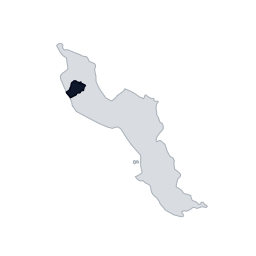 location of Zomba within Malawi, rotated 152°
{"feature_id": "MWI-1920", "entity_name": "Zomba", "entity_type": "District", "adm_level": 1, "iso_a3": "MWI", "parent_name": "Malawi", "parent_adm1": "", "projection": "robinson", "projection_center": [35.338, -15.445], "detail": "fine", "context": "in_parent", "style": "filled", "palette": "ink", "viewbox_px": 256, "rotation_deg": 152, "n_neighbors": 0, "source": "natural_earth", "source_scale": "10m", "svg_char_len": 4080}
<svg xmlns="http://www.w3.org/2000/svg" viewBox="0 0 256 256"><g transform="rotate(152 128 128)"><path d="M101.9,148.7L100.6,146.7L99.5,147.2L98.1,148.6L97.3,149.0L96.8,149.0L96.6,148.6L96.2,147.7L95.1,145.2L93.8,143.3L92.4,142.6L91.3,141.8L91.8,140.9L92.3,140.4L92.1,139.8L91.5,138.9L89.1,137.6L89.0,137.0L91.2,135.9L92.5,134.6L93.4,133.4L94.6,130.6L95.5,127.8L96.2,126.9L96.4,125.1L96.3,123.1L96.7,120.4L97.0,118.0L96.2,117.0L95.6,115.3L96.3,112.5L97.5,110.5L102.8,108.5L106.6,106.6L107.4,105.8L108.6,104.3L109.3,102.7L108.8,102.3L105.9,102.2L105.2,101.6L103.0,96.2L104.2,90.0L104.3,87.6L104.3,84.6L103.9,82.4L102.9,81.4L102.4,80.3L102.5,77.0L103.4,76.6L105.2,72.4L106.1,69.8L105.1,67.8L104.0,65.0L103.5,63.1L103.2,62.5L103.9,61.4L105.2,60.3L106.6,60.0L108.1,59.5L112.8,54.2L112.9,53.1L112.0,51.4L110.2,48.7L109.9,47.6L109.6,44.3L108.9,43.4L106.3,41.2L104.3,38.9L105.0,36.6L105.3,34.1L104.3,32.7L102.8,31.2L101.9,29.1L101.5,27.5L100.4,26.9L99.3,26.9L98.5,27.9L97.7,27.8L96.7,27.4L96.3,26.1L96.3,24.6L95.6,23.6L94.9,22.2L94.8,21.5L95.2,21.3L96.1,21.1L99.9,23.9L102.2,24.1L104.8,24.6L107.0,27.0L108.1,27.4L109.6,27.0L113.7,26.8L115.4,27.1L117.5,28.6L118.4,28.7L119.7,28.8L119.9,28.4L120.1,27.6L119.8,25.9L120.1,24.9L121.0,23.9L123.2,25.1L128.9,30.4L129.0,31.1L132.6,36.4L133.8,38.7L133.8,39.9L134.9,44.5L135.2,46.7L134.9,48.4L135.0,49.7L135.4,51.6L135.3,52.4L136.5,55.1L137.2,57.5L137.3,59.8L136.9,62.0L135.8,65.2L135.6,66.5L135.9,67.7L136.6,69.0L137.8,70.4L138.7,72.1L139.4,74.0L139.9,74.9L140.5,74.9L141.7,75.2L142.7,76.4L143.8,78.3L144.2,80.5L144.4,81.5L141.2,81.4L137.1,81.7L136.1,82.6L135.8,84.5L134.6,88.5L133.9,90.0L132.4,92.7L130.3,96.4L129.8,97.7L129.9,98.9L131.1,104.0L132.4,109.4L132.9,111.5L133.8,118.7L134.3,123.7L134.4,126.7L134.8,130.7L136.0,132.8L137.2,134.2L141.8,135.0L143.1,136.0L145.7,138.5L151.4,145.5L154.5,150.0L157.2,153.9L162.1,161.2L165.9,166.9L166.3,172.2L167.0,173.0L165.7,176.9L164.9,183.3L165.5,187.6L165.2,194.8L164.5,202.5L163.6,205.2L162.5,206.3L159.9,207.1L154.1,208.0L153.2,208.9L152.4,210.4L151.3,214.0L149.9,217.6L149.5,219.1L149.7,219.4L151.0,221.3L152.2,225.9L152.4,233.9L152.0,234.5L150.3,234.9L148.4,234.7L147.7,234.3L147.0,233.4L146.5,231.7L147.7,230.5L148.1,228.4L147.4,226.6L145.8,226.2L143.8,224.6L139.6,219.3L136.1,215.5L134.0,212.4L132.0,211.2L131.3,210.4L130.8,209.1L130.8,207.2L131.0,205.8L130.4,204.3L128.2,201.8L127.3,200.5L127.2,198.9L128.1,197.3L129.9,195.5L131.3,191.6L131.8,189.2L134.3,184.2L134.7,179.9L134.7,176.4L134.6,173.8L133.9,168.5L133.4,164.9L130.3,160.1L129.3,159.6L126.3,160.1L123.7,160.8L122.4,161.8L120.5,161.8L115.5,162.6L113.9,163.0L113.0,163.9L112.4,164.1L109.3,160.3L106.5,156.4L102.9,149.5L101.9,148.7ZM138.6,96.2L137.7,96.4L137.2,95.9L137.3,94.4L137.6,93.4L138.5,93.2L139.1,93.5L139.5,94.0L139.5,94.7L139.2,95.6L138.6,96.2ZM136.7,93.5L136.2,94.9L135.2,94.9L134.3,93.6L134.6,92.6L135.5,92.3L136.3,92.7L136.7,93.5Z" fill="#d9dde1" stroke="#a8b0b8" stroke-width="1"/><path d="M164.5,181.8L165.0,184.4L165.7,187.5L165.6,188.6L162.9,188.8L162.0,189.1L161.4,189.4L161.0,189.8L160.5,190.4L159.2,191.3L158.9,191.5L158.6,191.7L158.4,191.9L158.1,192.7L157.5,193.2L157.4,193.4L156.6,194.3L156.2,194.4L155.1,194.5L154.8,194.5L154.5,194.7L154.3,194.8L153.6,194.9L152.5,194.4L152.3,194.3L152.0,194.0L151.6,193.4L151.5,193.0L151.3,192.4L151.1,192.2L150.9,192.0L150.5,191.8L150.3,191.6L150.1,191.3L150.1,191.0L150.1,190.7L149.9,190.4L149.7,190.6L149.3,190.8L149.2,190.8L148.8,190.8L148.5,190.8L148.4,190.8L148.3,190.7L148.1,190.6L148.1,190.4L148.2,190.2L148.7,189.4L148.8,189.2L148.6,189.1L148.2,189.1L147.8,188.8L147.5,188.5L146.7,187.2L146.2,186.7L145.7,185.7L146.7,184.9L147.7,184.7L148.0,184.3L148.5,183.5L149.6,182.3L149.8,182.8L149.9,183.0L150.1,183.1L150.3,183.1L150.6,182.9L150.8,182.7L151.0,182.5L151.6,182.6L152.0,182.7L152.3,182.8L152.5,182.8L152.8,182.6L153.2,182.1L153.4,181.9L153.7,181.8L154.0,181.8L154.4,181.9L155.7,182.5L156.1,182.7L156.4,182.7L156.7,182.6L157.2,182.4L157.5,182.3L157.8,182.1L158.0,181.9L158.2,181.7L164.4,181.8L164.5,181.8Z" fill="#0f172a" stroke="#020617" stroke-width="1.5"/></g></svg>